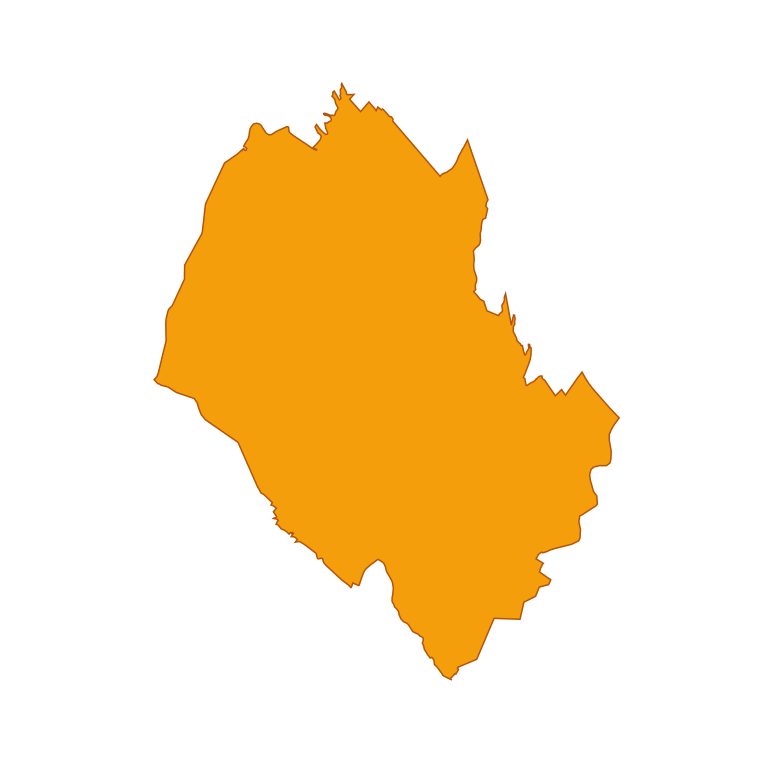 the district of Bascov, Arges, Romania, rotated 80°
{"feature_id": "2599482B67897088940014", "entity_name": "Bascov", "entity_type": "district", "adm_level": 2, "iso_a3": "ROU", "parent_name": "Romania", "parent_adm1": "Arges", "projection": "equal_earth", "projection_center": [24.784, 44.893], "detail": "fine", "context": "isolated", "style": "filled", "palette": "amber", "viewbox_px": 768, "rotation_deg": 80, "n_neighbors": 0, "source": "geoboundaries", "source_scale": "gbopen_adm2", "svg_char_len": 6141}
<svg xmlns="http://www.w3.org/2000/svg" viewBox="0 0 768 768"><g transform="rotate(80 384 384)"><path d="M339.8,609.7L344.3,606.7L345.1,605.2L346.7,603.4L349.3,597.4L356.3,589.9L365.3,573.4L370.0,571.3L376.1,570.6L382.5,569.3L388.3,566.0L416.1,537.9L462.4,526.6L470.1,524.0L471.5,522.0L473.7,520.2L476.4,518.3L481.3,514.6L483.6,516.3L484.3,514.8L485.1,513.8L487.6,511.5L490.6,515.1L492.4,514.4L493.9,513.7L495.9,512.7L496.6,513.1L497.0,514.7L496.9,515.8L497.2,516.4L498.4,513.0L499.9,511.8L501.4,513.4L503.5,514.6L503.8,513.6L504.3,513.1L504.8,512.5L505.7,512.2L507.2,511.2L508.8,510.5L510.1,508.3L510.9,507.2L512.5,505.6L515.3,503.5L514.0,501.7L515.2,501.0L514.4,499.9L515.4,499.2L518.2,501.9L518.9,499.1L519.7,498.1L522.0,496.3L524.3,498.8L524.3,495.6L524.7,494.4L525.4,493.4L527.2,491.3L529.9,488.6L538.6,480.6L539.5,480.2L543.5,479.9L544.5,479.5L544.8,479.0L544.8,475.6L545.1,475.0L545.8,474.7L548.0,474.6L549.2,474.4L550.7,473.7L552.5,472.6L559.1,467.6L565.9,462.5L569.9,459.4L575.9,453.8L578.7,452.0L578.7,451.7L576.9,450.5L574.6,449.3L578.1,443.9L577.8,443.4L570.6,439.5L566.5,437.1L564.8,435.8L563.8,434.9L562.8,433.7L559.5,428.2L558.3,425.7L555.7,420.6L556.7,419.0L560.1,415.5L564.5,414.3L567.6,414.2L569.4,413.9L578.3,410.7L580.8,410.2L586.3,410.2L593.1,412.0L595.7,413.1L599.4,413.8L600.6,413.5L602.2,412.8L605.6,412.1L608.8,409.9L610.1,409.4L611.7,409.1L613.9,409.2L618.1,408.2L621.3,406.2L623.5,403.2L625.2,401.8L632.8,398.7L636.5,393.6L638.5,392.4L639.9,390.3L641.5,389.5L643.9,390.1L645.8,391.3L648.6,390.5L652.6,390.3L656.6,388.5L658.2,388.0L661.9,386.1L661.5,384.5L663.4,383.3L665.2,382.8L669.1,383.0L671.4,381.2L673.9,379.9L679.6,377.1L680.5,377.0L682.2,375.6L687.3,368.5L685.9,370.1L681.5,364.1L682.1,363.6L678.2,360.2L677.2,360.9L676.7,361.0L676.0,360.1L675.7,360.3L675.6,360.1L675.5,359.4L671.2,340.5L633.9,316.3L639.3,290.9L623.1,284.1L619.4,271.6L611.0,266.4L610.1,256.7L605.8,253.8L596.1,263.5L593.0,262.0L589.0,259.2L588.3,258.2L582.6,264.6L580.5,262.9L580.3,262.7L578.6,261.5L576.9,258.0L577.8,257.0L577.4,253.3L576.2,248.7L575.7,244.5L574.4,226.9L572.3,219.5L569.9,217.8L561.7,215.8L553.3,216.0L548.1,214.2L546.5,209.9L542.4,200.3L541.0,196.8L539.3,194.7L531.1,193.9L526.2,196.4L520.6,196.9L514.2,197.5L508.9,197.2L504.2,195.0L502.2,191.8L501.8,185.3L502.4,183.3L503.0,179.0L501.0,175.2L496.8,173.4L489.4,171.9L477.9,171.9L472.7,170.9L468.2,167.9L464.7,165.0L458.2,158.3L446.4,166.2L424.7,179.3L419.6,182.0L413.1,184.7L406.6,186.9L412.4,193.1L426.3,207.0L426.6,207.2L420.3,210.1L423.8,215.0L425.3,217.3L408.7,224.9L407.9,225.3L407.5,225.7L407.1,226.2L406.8,226.8L406.4,227.0L405.7,227.1L404.8,227.2L403.6,227.0L403.3,229.1L404.1,231.1L404.9,231.9L405.6,233.5L406.9,234.8L407.6,236.4L408.1,238.3L408.7,240.2L410.3,243.3L410.1,244.0L409.5,244.3L403.9,244.4L403.1,244.4L402.0,245.6L401.6,245.6L397.7,242.9L395.3,241.6L389.9,238.3L385.0,235.6L380.1,234.0L376.2,233.2L373.7,233.0L373.6,233.8L371.9,233.7L370.2,233.9L370.1,234.9L373.9,235.2L374.4,235.5L377.1,237.8L378.6,238.7L379.1,239.0L379.6,239.3L379.8,239.6L379.7,240.1L379.4,240.4L379.0,240.5L377.8,240.5L375.4,240.9L370.2,241.0L370.1,242.2L368.8,242.5L368.0,242.8L367.6,243.4L365.7,244.5L364.6,245.5L363.9,245.6L363.4,245.4L362.9,245.4L361.9,245.6L361.2,245.7L360.2,246.0L359.5,246.3L358.6,246.4L357.9,246.5L357.0,247.0L354.7,247.6L353.4,247.4L351.0,246.8L350.3,246.8L349.3,246.2L348.5,245.3L347.5,244.7L344.8,244.5L343.2,243.7L341.4,243.5L339.6,243.7L339.0,243.5L338.5,244.4L340.3,245.2L348.2,248.4L316.2,248.6L319.3,250.4L322.6,251.0L324.8,252.2L326.0,253.4L326.8,254.0L327.5,254.3L328.3,254.4L329.5,254.4L331.5,254.5L332.9,254.8L333.4,255.3L334.7,257.7L335.5,258.6L336.5,259.2L333.8,263.7L329.7,270.0L319.8,271.3L317.3,274.5L311.9,277.5L308.7,279.7L306.9,277.3L304.1,277.2L301.3,276.5L299.0,275.0L295.4,274.3L286.8,275.5L282.7,275.1L276.9,273.5L268.4,272.8L266.2,270.5L263.9,266.5L261.8,264.9L259.2,264.0L252.7,263.2L248.1,261.2L245.9,260.9L241.5,259.4L238.9,258.0L238.4,255.2L229.4,251.5L226.4,252.8L223.2,251.6L220.7,249.6L158.1,259.4L164.8,264.4L166.8,266.3L168.5,267.5L172.5,270.8L177.4,273.7L180.0,275.9L181.8,277.6L183.0,278.9L184.2,280.6L185.1,282.9L186.5,285.7L186.8,288.3L187.3,289.9L188.1,291.4L189.2,292.7L144.8,319.0L126.5,329.8L125.1,329.2L123.9,329.4L123.3,329.8L123.0,329.9L122.1,330.5L122.1,330.8L121.2,332.4L116.6,335.1L113.8,336.9L112.9,337.8L113.6,338.9L110.2,342.0L113.4,344.3L110.7,345.6L105.8,348.6L103.6,349.8L111.7,359.7L97.6,368.4L93.6,363.3L93.3,366.1L92.8,368.5L93.0,368.5L92.6,369.9L92.4,370.4L92.0,370.6L89.2,370.6L80.7,373.4L81.5,374.0L83.5,374.1L84.8,374.4L86.7,376.0L90.8,376.4L92.6,377.4L95.2,376.7L96.5,378.7L86.8,382.1L87.1,382.8L87.3,383.1L88.0,383.9L90.0,384.0L91.6,385.3L93.6,383.7L94.5,383.5L94.5,383.3L96.4,383.0L99.4,382.9L101.2,382.3L103.8,381.4L105.3,381.8L105.9,382.4L106.6,383.5L108.6,384.8L110.6,385.8L110.8,387.1L110.2,388.6L110.6,390.1L109.8,390.5L107.6,394.3L107.1,395.6L107.1,396.4L108.0,396.5L108.3,396.1L108.0,395.8L108.8,395.8L110.2,392.1L112.3,390.2L114.4,389.9L115.6,390.6L116.0,391.9L116.4,393.6L117.2,394.5L116.7,396.9L116.7,397.0L120.7,396.9L122.2,397.1L123.8,396.5L125.6,396.1L127.5,396.0L128.1,396.8L128.2,397.9L125.9,400.0L121.2,403.3L116.7,405.3L118.6,407.1L118.8,407.2L119.0,407.2L125.5,405.4L126.8,403.9L129.4,402.8L132.2,404.3L134.4,406.7L138.9,412.9L140.0,411.7L141.4,409.6L141.9,409.8L141.4,411.2L140.0,413.0L123.8,429.9L120.2,433.1L118.9,433.6L116.6,433.6L114.7,433.4L114.0,433.8L113.8,435.3L116.4,445.7L118.6,451.0L118.9,453.0L118.2,454.7L116.3,456.6L107.6,460.3L105.9,462.1L105.1,464.3L105.3,467.4L108.0,470.5L109.7,471.6L111.7,472.5L116.6,474.0L119.4,475.6L122.4,478.4L125.4,480.9L128.0,478.3L128.4,478.6L129.0,478.6L129.5,478.8L129.8,479.1L130.0,479.5L130.0,479.9L129.7,480.3L129.3,480.7L128.9,480.8L128.6,480.6L127.7,481.6L129.5,483.3L129.0,483.9L129.5,484.3L132.3,488.9L138.7,502.7L175.1,528.1L177.2,529.0L193.0,533.6L202.1,536.3L204.7,537.5L213.9,545.0L232.2,559.6L239.6,561.1L246.1,562.3L270.2,579.0L272.9,582.9L275.3,584.4L282.2,587.3L286.2,588.3L303.6,591.1L308.8,593.3L311.8,594.7L333.4,604.1L337.4,606.4L339.8,609.7Z" fill="#f59e0b" stroke="#b45309" stroke-width="1.5"/></g></svg>